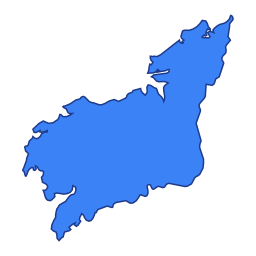 map outline of La Coruña (Albers equal-area conic projection)
{"feature_id": "ESP-5827", "entity_name": "La Coruña", "entity_type": "Autonomous Community", "adm_level": 1, "iso_a3": "ESP", "parent_name": "Spain", "parent_adm1": "", "projection": "albers", "projection_center": [-8.526, 43.162], "detail": "fine", "context": "isolated", "style": "filled", "palette": "blue", "viewbox_px": 256, "rotation_deg": 0, "n_neighbors": 0, "source": "natural_earth", "source_scale": "10m", "svg_char_len": 4503}
<svg xmlns="http://www.w3.org/2000/svg" viewBox="0 0 256 256"><path d="M96.0,212.7L95.1,212.7L94.2,215.5L92.9,218.3L91.2,220.4L88.9,221.2L86.4,220.2L84.8,218.0L83.5,215.2L81.7,213.7L79.8,217.4L79.4,219.6L80.7,221.2L77.9,225.3L76.3,226.3L74.4,224.8L75.2,222.9L73.3,223.8L69.0,227.2L70.8,229.5L69.3,230.7L64.6,232.0L64.2,233.0L63.1,237.0L62.0,237.4L61.0,238.4L59.1,240.6L57.1,238.4L56.9,235.1L56.2,232.2L53.3,230.9L51.3,228.9L52.0,224.6L54.0,220.1L55.6,217.4L55.6,215.3L56.0,212.6L56.8,209.1L58.3,207.0L58.9,205.7L60.0,204.5L61.5,203.9L61.8,203.5L65.6,201.4L69.0,196.7L71.0,194.9L74.1,194.1L75.0,192.9L75.9,190.1L75.6,187.2L72.8,185.7L72.3,189.8L70.2,192.3L67.2,193.6L63.8,194.1L57.2,193.0L54.4,193.6L54.9,196.6L51.8,199.8L50.2,200.7L47.7,200.2L46.0,198.6L45.1,196.3L44.4,193.5L43.2,190.3L44.8,190.3L46.1,189.7L47.0,188.4L47.8,186.7L46.7,184.6L44.9,183.4L42.5,182.3L42.3,180.9L41.7,178.6L41.5,177.5L41.8,176.8L43.0,175.5L43.3,174.4L43.5,172.8L43.4,171.6L42.5,170.9L40.3,170.7L39.1,169.9L37.1,166.6L35.5,165.9L35.5,167.0L36.2,168.9L35.4,170.0L34.2,170.3L33.6,170.1L33.0,167.7L31.8,167.5L30.3,168.4L29.1,169.5L28.1,171.0L26.8,174.6L25.9,176.2L25.3,175.8L24.1,171.6L22.9,170.6L22.9,169.5L23.8,167.8L26.5,160.3L26.6,159.2L26.9,157.8L27.4,156.4L27.9,155.4L28.4,153.8L27.6,152.7L25.7,151.2L24.7,147.0L25.8,146.0L27.5,146.0L28.4,144.4L29.2,141.2L30.7,139.7L32.2,138.6L32.9,136.5L34.8,138.2L36.5,138.7L38.2,138.1L40.1,136.5L40.8,135.6L41.1,134.7L41.6,133.8L42.8,132.9L43.9,132.4L44.8,132.1L47.2,131.8L47.2,130.5L45.0,131.6L42.1,132.2L40.0,132.0L40.1,130.5L35.9,132.6L34.1,132.3L32.9,129.2L39.2,123.3L43.3,121.0L48.2,123.2L50.4,123.2L52.8,122.7L54.4,122.0L56.1,120.6L57.8,119.6L59.1,117.2L59.8,114.5L60.8,114.5L63.1,116.7L66.6,116.6L70.0,115.2L72.3,113.5L69.5,113.6L68.0,112.6L66.1,108.6L65.5,108.6L63.9,107.7L62.9,106.7L63.8,106.1L65.1,106.0L70.4,103.7L75.9,100.0L80.0,98.9L80.9,97.6L82.0,96.8L83.4,96.4L85.1,97.3L89.2,101.5L91.4,102.5L93.7,102.9L98.7,104.6L101.1,104.9L104.7,103.6L109.3,101.0L114.2,99.5L118.6,101.4L125.4,98.2L126.5,97.1L126.9,95.5L128.0,94.1L129.3,93.2L131.9,92.5L132.5,91.8L132.8,91.0L133.5,90.4L140.6,88.5L141.1,90.8L142.3,92.6L145.1,95.1L146.8,93.1L147.2,91.5L146.9,87.3L148.1,84.9L150.7,85.4L154.4,87.8L156.3,88.4L157.1,90.0L157.6,92.0L158.5,94.0L161.5,96.9L162.8,98.7L163.7,101.4L164.7,98.5L164.6,95.8L163.7,90.3L163.7,87.6L164.4,86.0L165.8,84.7L168.2,83.0L165.6,81.8L163.2,81.5L158.9,81.8L156.6,81.1L153.5,77.7L151.4,76.8L153.8,74.9L166.8,73.2L167.7,72.8L168.6,72.0L169.2,70.8L169.0,69.5L168.4,69.4L165.4,70.7L157.5,72.1L158.0,71.4L158.4,71.2L159.3,70.7L158.8,70.3L157.5,69.5L156.0,71.9L153.4,72.9L147.7,73.2L148.7,70.5L149.2,66.7L149.8,64.1L151.3,64.7L153.0,62.3L152.0,61.3L150.9,59.9L150.3,58.1L150.3,56.2L150.8,56.2L153.1,56.6L153.9,56.2L157.0,56.6L160.7,54.7L179.4,40.1L179.9,42.1L181.0,43.1L182.4,43.3L183.9,42.6L182.6,42.7L182.1,42.6L182.1,41.5L182.7,41.1L183.3,40.5L183.9,40.1L181.4,38.1L181.0,36.2L181.6,34.3L182.1,32.2L182.9,30.7L184.8,30.2L189.1,30.3L192.9,29.1L196.6,26.9L199.7,23.9L202.2,20.4L205.8,21.0L207.3,23.5L208.3,26.7L210.3,29.0L210.3,30.1L209.5,29.7L208.2,29.3L207.6,29.0L206.7,30.5L206.1,32.1L206.0,33.7L206.8,35.0L205.5,36.0L205.1,35.9L204.1,35.0L203.3,35.9L202.9,36.1L202.3,36.4L202.3,37.6L208.8,37.9L210.0,36.5L207.6,32.7L209.1,31.6L210.6,31.5L213.8,32.6L213.5,32.0L213.2,30.7L212.9,30.1L214.7,28.0L217.0,26.1L219.6,24.5L224.7,23.1L227.4,21.2L229.6,18.7L230.4,16.0L230.9,15.4L231.8,15.9L232.7,17.2L233.1,19.1L232.6,20.1L229.6,23.8L229.6,26.4L228.0,36.6L230.4,40.2L226.2,45.3L225.6,47.1L226.1,50.3L225.9,52.3L225.5,53.2L222.5,56.4L221.9,58.0L221.9,59.6L223.4,62.3L223.7,63.0L223.5,63.9L219.2,76.8L215.8,78.9L214.5,82.9L213.6,84.4L212.1,85.3L206.1,84.3L205.3,96.1L204.4,98.1L199.8,103.5L199.2,104.7L199.1,106.2L199.5,107.6L200.0,108.7L200.4,109.8L200.3,111.5L196.1,123.2L201.0,140.5L200.7,142.0L200.1,143.4L199.7,145.4L199.7,147.7L203.5,159.1L203.5,163.7L202.9,168.2L199.8,174.2L198.6,175.3L195.9,176.8L194.7,177.8L191.5,183.9L187.2,186.2L185.1,186.5L168.7,183.3L166.4,184.3L164.8,186.7L164.1,187.3L162.7,187.6L158.6,186.3L157.2,186.8L153.7,189.2L152.5,189.0L151.7,187.8L151.1,186.3L150.3,185.0L149.5,184.6L148.5,184.7L147.6,185.2L147.1,186.3L147.2,187.2L147.9,190.5L148.0,192.6L147.6,194.4L146.8,195.7L145.4,196.4L140.3,194.7L136.4,200.6L133.3,202.8L131.7,203.2L129.8,203.0L125.9,200.7L116.0,202.5L113.9,203.8L113.2,205.0L112.9,206.0L112.8,206.7L112.7,207.2L112.0,207.5L107.2,206.1L97.9,209.5L96.0,212.7Z" fill="#3b82f6" stroke="#1e3a8a" stroke-width="1.5"/></svg>